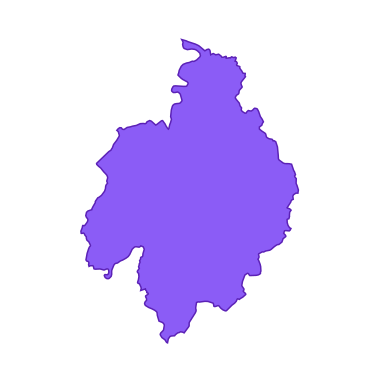 Phu Binh, Thái Nguyên, Vietnam, rotated 41°
{"feature_id": "81297802B19798201223775", "entity_name": "Phu Binh", "entity_type": "district", "adm_level": 2, "iso_a3": "VNM", "parent_name": "Vietnam", "parent_adm1": "Thái Nguyên", "projection": "mercator", "projection_center": [105.961, 21.492], "detail": "fine", "context": "isolated", "style": "filled", "palette": "violet", "viewbox_px": 384, "rotation_deg": 41, "n_neighbors": 0, "source": "geoboundaries", "source_scale": "gbopen_adm2", "svg_char_len": 6036}
<svg xmlns="http://www.w3.org/2000/svg" viewBox="0 0 384 384"><g transform="rotate(41 192 192)"><path d="M84.2,83.7L86.6,84.6L87.2,85.1L88.0,86.7L89.8,88.1L91.0,88.7L92.0,88.8L95.1,87.6L97.9,84.3L100.4,82.6L101.9,82.1L103.8,81.9L106.9,82.1L109.0,83.7L109.3,84.8L108.9,89.3L107.8,92.2L106.7,92.8L106.1,93.6L105.0,96.0L103.2,98.3L101.6,101.4L101.4,104.2L102.5,108.5L103.9,111.0L104.4,112.5L104.8,113.0L109.3,113.3L111.3,113.1L116.2,112.0L117.3,112.2L118.0,112.9L118.5,115.3L118.2,116.1L116.6,117.6L109.8,122.8L108.7,124.0L108.6,125.1L109.2,127.6L110.1,128.9L110.7,129.2L112.6,129.2L114.0,128.0L115.4,126.1L116.5,125.7L118.2,125.7L119.2,126.0L124.2,129.3L124.6,129.9L124.7,132.2L124.3,133.4L122.2,135.6L121.0,137.2L120.7,139.0L120.9,140.1L122.6,143.7L126.5,149.2L128.8,150.6L130.4,154.0L130.9,155.6L132.9,159.3L132.9,160.1L131.8,160.0L128.8,159.1L127.3,158.4L123.0,157.4L122.6,157.7L122.2,158.4L121.1,164.2L120.7,165.3L114.9,165.2L113.2,165.8L112.1,168.2L112.0,169.1L112.3,169.9L112.1,170.8L111.7,171.3L110.2,172.3L108.1,174.4L106.3,178.3L104.0,181.2L102.7,183.3L100.7,185.8L99.7,189.4L98.3,190.3L96.6,189.9L95.3,190.8L94.8,192.5L94.8,194.8L96.7,194.8L99.7,196.7L100.2,197.2L100.5,198.0L101.3,202.5L101.6,207.5L103.0,211.1L103.1,212.4L103.4,213.6L102.7,216.1L101.2,233.0L102.0,233.7L104.6,233.9L107.3,233.8L112.2,234.7L114.7,234.9L116.8,235.2L118.5,236.1L119.1,236.7L120.5,239.7L122.5,240.8L122.5,242.7L123.0,244.2L124.5,246.3L125.5,248.8L125.9,253.9L125.3,256.8L124.7,258.2L124.9,260.1L125.2,262.5L126.0,263.5L126.8,267.7L127.5,270.4L128.0,271.0L125.9,274.6L125.7,276.5L127.3,279.5L128.7,280.3L131.0,280.8L131.8,281.4L132.0,281.8L132.5,282.8L132.8,284.6L133.0,287.5L132.6,288.3L131.6,288.8L131.6,289.2L132.7,291.2L133.8,294.3L134.2,294.8L135.5,295.9L135.9,295.7L136.9,294.3L137.4,294.1L138.2,294.2L139.7,294.9L141.5,295.1L142.8,296.4L144.1,297.2L144.5,297.3L146.8,297.3L150.3,298.8L150.7,299.4L150.7,301.0L151.2,302.6L153.1,307.1L156.5,312.8L157.7,313.2L159.2,312.6L160.1,312.7L161.0,313.5L161.3,314.3L161.9,314.9L163.1,315.7L163.7,314.3L165.5,312.7L166.3,312.8L168.4,314.3L169.5,313.8L173.1,310.4L176.8,308.6L178.2,305.9L179.0,305.3L180.1,305.5L180.9,306.2L181.8,307.0L182.4,308.2L182.6,309.0L182.3,310.1L180.5,311.4L180.4,312.0L180.7,312.7L182.6,313.5L184.4,313.3L185.6,312.5L186.1,311.7L186.3,310.1L186.3,308.6L185.4,306.8L183.6,304.8L182.7,303.5L181.0,298.5L180.9,296.9L181.2,296.0L182.4,294.4L183.2,291.0L184.3,288.9L185.6,285.3L186.2,282.6L186.0,280.1L184.4,274.4L184.7,271.3L185.5,270.1L188.3,268.3L188.7,267.2L188.7,266.2L191.2,265.4L193.5,266.5L195.5,270.8L196.7,272.4L197.0,273.3L196.3,274.6L196.3,275.2L197.2,276.4L197.5,278.2L198.7,278.9L199.0,279.4L199.3,280.8L200.2,282.1L200.6,283.3L201.0,283.7L202.3,284.2L202.7,287.7L203.6,288.4L205.1,288.5L207.4,290.6L209.1,293.4L210.2,295.9L211.0,296.3L211.6,296.2L212.4,295.7L215.5,297.1L216.8,297.9L217.9,300.0L220.4,295.7L221.3,296.4L223.1,296.7L223.9,297.6L225.4,297.2L225.9,297.9L225.2,300.8L225.7,301.5L227.6,302.3L228.3,303.0L228.8,303.7L228.6,305.2L229.1,306.8L229.6,307.5L231.2,308.2L235.0,307.6L238.6,306.4L241.6,305.7L243.7,305.6L244.7,305.9L246.8,307.9L251.8,311.1L255.5,309.8L257.9,310.2L258.7,311.0L260.9,314.6L261.1,315.4L260.9,318.9L261.3,320.2L262.2,320.8L264.8,321.6L268.6,321.3L271.5,322.2L272.5,321.9L270.5,318.4L270.2,315.4L270.9,314.2L273.2,311.9L273.1,310.6L273.6,307.8L274.6,306.4L275.0,305.1L276.9,303.9L278.5,303.5L277.9,296.1L277.7,295.0L275.7,292.6L275.4,291.6L273.8,281.2L273.3,279.5L272.5,278.3L271.7,277.9L270.5,276.6L267.9,272.4L268.7,270.9L269.8,270.2L273.5,266.0L275.9,264.1L280.7,262.1L281.3,262.2L283.6,263.9L284.1,263.7L284.8,263.0L286.2,260.6L287.1,260.3L289.9,260.8L292.5,260.7L294.8,260.0L295.6,259.5L295.9,258.8L296.4,251.2L297.1,247.9L297.1,245.5L296.5,243.6L296.4,242.9L296.8,242.5L298.2,242.0L298.4,240.7L299.3,238.1L299.8,234.1L299.0,233.5L296.0,233.4L295.6,233.0L295.5,232.0L295.1,231.4L294.6,231.0L292.1,230.4L290.9,229.9L288.8,226.4L286.4,220.0L287.0,217.5L287.4,216.8L288.3,216.6L289.7,217.1L290.5,217.1L295.1,212.8L296.4,211.1L297.0,209.6L297.1,208.6L296.2,207.5L295.9,206.5L292.7,203.2L290.9,201.9L287.0,199.8L285.9,199.5L285.6,197.7L284.9,196.7L283.2,195.5L282.9,194.9L284.3,191.1L285.5,190.2L286.3,188.2L288.9,184.9L289.4,183.3L290.0,179.1L290.6,176.7L291.0,175.7L292.0,174.6L292.7,170.8L291.4,167.5L292.0,164.1L291.7,163.7L290.9,163.3L288.3,163.0L287.3,160.6L288.2,159.5L290.9,157.6L291.1,156.4L290.6,154.6L289.7,154.9L288.0,154.7L286.2,154.1L283.9,152.6L281.9,150.5L281.8,150.0L282.7,148.6L281.5,146.3L280.9,145.8L279.0,143.2L278.7,140.7L276.8,140.6L274.4,141.6L274.1,141.5L273.2,135.0L272.6,133.6L272.5,132.8L273.2,131.1L270.9,129.1L270.4,127.5L271.1,124.9L272.0,123.9L272.7,123.4L271.0,120.7L267.2,118.3L264.9,117.2L261.9,113.5L259.7,113.1L258.9,112.6L258.8,111.1L255.9,109.4L254.7,109.1L248.9,105.7L246.6,107.0L243.5,109.6L241.9,110.3L236.8,110.7L235.5,110.3L233.1,107.8L226.9,101.9L222.2,99.1L220.4,99.4L219.6,100.2L218.8,99.8L217.8,99.7L215.3,101.2L213.2,101.7L212.0,101.6L209.6,99.9L208.4,99.7L204.6,100.2L201.6,100.3L200.2,98.7L200.9,95.9L200.1,94.0L199.9,92.2L197.4,91.1L194.1,90.2L189.4,87.5L186.8,86.5L185.5,86.9L184.3,87.7L184.1,88.5L184.1,89.9L183.7,91.8L182.8,92.6L181.0,93.6L180.8,95.3L181.0,97.1L180.1,97.8L177.3,98.2L175.8,98.0L175.2,97.6L174.2,96.0L171.6,95.4L169.4,93.9L164.7,93.1L163.0,92.6L162.5,91.9L162.1,89.9L162.7,87.7L162.7,87.2L162.4,86.4L161.3,84.8L161.0,83.8L161.1,80.2L160.7,79.6L159.1,78.9L157.4,77.7L157.0,76.3L156.7,69.9L155.9,69.7L154.4,67.6L152.7,68.8L152.3,68.8L150.1,68.0L147.0,67.3L145.8,66.0L142.8,67.1L142.2,66.8L141.9,65.5L141.6,65.1L140.9,64.7L139.9,64.5L138.7,65.0L137.4,61.8L136.0,61.9L135.6,62.9L134.9,63.4L133.3,63.9L133.1,64.3L133.0,65.6L132.1,66.2L130.5,68.2L129.9,68.6L129.6,68.4L129.3,67.6L128.9,67.3L128.4,67.6L127.2,69.8L126.2,70.7L124.8,70.3L121.7,70.5L119.9,72.9L117.3,73.5L117.0,73.9L116.1,76.2L113.0,73.6L112.1,73.2L110.9,73.2L109.8,74.6L109.1,77.0L101.7,77.1L100.1,77.4L97.4,78.2L90.3,81.2L88.5,81.7L84.2,83.7Z" fill="#8b5cf6" stroke="#5b21b6" stroke-width="1.5"/></g></svg>